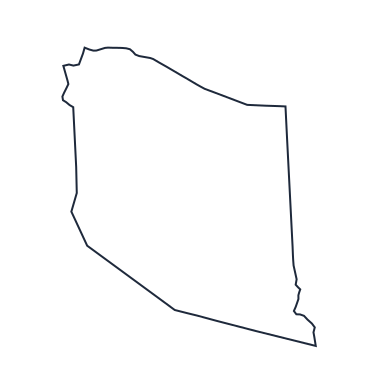 the district of Malhada de Pedras, Bahia, Brazil, rotated 10°
{"feature_id": "56859067B79149246141115", "entity_name": "Malhada de Pedras", "entity_type": "district", "adm_level": 2, "iso_a3": "BRA", "parent_name": "Brazil", "parent_adm1": "Bahia", "projection": "albers", "projection_center": [-41.852, -14.352], "detail": "fine", "context": "isolated", "style": "outline", "palette": "slate", "viewbox_px": 384, "rotation_deg": 10, "n_neighbors": 0, "source": "geoboundaries", "source_scale": "gbopen_adm2", "svg_char_len": 1105}
<svg xmlns="http://www.w3.org/2000/svg" viewBox="0 0 384 384"><g transform="rotate(10 192 192)"><path d="M61.2,68.5L60.6,74.5L58.5,86.0L53.3,88.1L48.7,87.8L43.4,90.1L50.3,104.4L51.5,107.2L50.3,111.5L48.8,116.5L47.8,120.5L49.0,124.0L52.5,125.4L56.3,127.6L60.3,129.1L73.6,187.5L78.7,213.0L76.6,232.3L79.9,237.0L98.1,263.1L173.5,300.3L183.2,305.1L195.5,311.2L209.0,312.2L218.4,312.8L238.4,314.6L278.7,317.8L340.6,322.1L337.7,313.7L336.0,309.1L336.4,304.0L332.9,300.7L327.9,297.6L323.8,294.5L319.7,293.8L316.0,294.3L313.0,291.5L314.1,287.0L314.8,282.7L315.4,278.9L314.7,275.2L315.0,272.2L315.5,269.1L313.1,267.5L310.2,265.3L310.2,259.8L304.8,246.7L303.4,241.2L302.4,236.9L300.6,228.6L297.5,215.1L275.8,120.5L269.2,91.5L263.8,92.2L258.1,93.0L249.7,94.2L231.2,96.6L196.4,90.0L186.6,88.2L181.8,86.6L177.8,85.2L166.4,80.9L162.2,79.4L148.8,74.4L145.6,73.2L137.1,70.2L130.7,67.8L127.6,67.3L120.4,67.3L116.4,67.3L112.4,66.5L109.5,64.2L106.1,62.2L102.2,61.9L97.9,62.3L93.3,63.0L88.5,63.8L84.2,64.4L81.3,65.2L77.4,67.2L73.3,69.3L70.3,69.9L66.2,69.5L61.2,68.5Z" fill="none" stroke="#1e293b" stroke-width="2"/></g></svg>